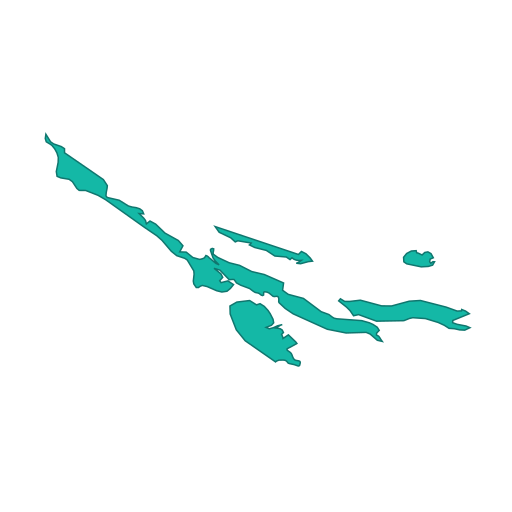 an SVG outline of Dubrovacko-Neretvanska, rotated 184°
{"feature_id": "HRV-1490", "entity_name": "Dubrovacko-Neretvanska", "entity_type": "County", "adm_level": 1, "iso_a3": "HRV", "parent_name": "Croatia", "parent_adm1": "", "projection": "robinson", "projection_center": [17.511, 42.787], "detail": "fine", "context": "isolated", "style": "filled", "palette": "teal", "viewbox_px": 512, "rotation_deg": 184, "n_neighbors": 0, "source": "natural_earth", "source_scale": "10m", "svg_char_len": 3845}
<svg xmlns="http://www.w3.org/2000/svg" viewBox="0 0 512 512"><g transform="rotate(184 256 256)"><path d="M460.0,321.6L461.1,326.3L459.9,335.6L460.1,340.6L461.8,345.0L464.3,348.9L467.3,352.1L469.1,353.2L473.2,355.3L474.4,358.5L474.1,362.8L468.9,355.6L465.7,353.7L457.9,351.6L454.5,349.7L454.2,345.6L413.6,321.6L409.2,315.8L409.3,313.2L409.8,309.2L409.9,305.6L408.5,304.0L396.4,302.1L386.8,297.0L383.0,296.2L379.0,295.9L375.3,295.0L372.5,293.2L371.0,290.2L375.6,290.2L370.6,285.9L368.7,283.7L367.6,280.4L364.2,283.5L358.3,280.8L348.4,272.5L334.5,266.0L329.6,261.1L332.4,254.8L325.9,255.0L318.9,250.1L312.2,248.7L310.7,249.0L308.9,249.7L307.3,250.6L306.0,253.0L304.5,252.5L303.1,251.5L302.6,250.9L301.0,249.9L295.5,245.8L292.2,244.6L296.5,248.4L298.7,251.1L301.8,258.3L301.8,259.5L300.2,260.5L298.7,260.2L298.7,258.4L299.0,256.3L298.7,254.8L294.0,251.9L282.3,247.4L271.7,245.5L259.2,240.2L246.4,238.1L226.6,231.0L227.1,223.7L221.2,220.0L205.7,217.0L187.1,205.0L179.2,202.7L175.5,200.3L173.7,199.4L170.9,199.0L146.0,198.9L138.3,197.3L134.5,195.9L130.1,193.4L127.9,190.4L130.3,187.5L130.3,185.5L128.1,184.6L126.8,183.1L125.6,181.4L124.1,179.6L129.1,180.4L136.7,186.1L140.8,187.5L160.8,185.5L179.8,187.9L214.9,200.9L223.2,205.7L229.8,211.1L230.2,212.2L230.2,213.8L230.4,215.5L231.2,217.0L232.3,217.3L235.0,216.8L236.2,217.0L240.3,219.9L242.3,220.7L244.9,220.9L245.8,220.3L245.7,217.6L246.6,217.0L248.0,217.3L250.2,218.8L251.4,219.2L254.3,219.6L256.4,220.7L260.1,223.1L269.2,225.8L273.6,227.8L276.2,231.0L277.7,231.0L281.1,230.5L291.0,239.4L297.0,240.8L289.8,235.8L287.7,232.4L290.5,228.8L289.0,227.0L282.3,229.2L276.4,225.9L279.3,221.8L282.5,218.8L287.6,217.7L292.8,218.6L302.6,222.1L307.5,222.9L309.4,222.0L311.3,220.5L313.4,220.4L316.1,223.8L316.8,226.6L316.5,233.5L317.0,236.8L324.3,247.2L326.9,248.7L335.1,250.8L340.8,254.8L350.9,265.1L356.4,269.3L369.1,276.7L410.0,301.7L417.8,305.5L430.5,309.5L436.9,309.1L439.4,310.9L444.2,317.2L444.4,317.4L447.8,319.5L456.2,320.3L460.0,321.6ZM229.1,151.7L260.9,170.7L263.4,173.4L270.5,181.0L277.7,196.3L278.5,204.3L271.9,208.7L259.4,211.1L259.2,211.1L252.1,207.3L248.6,208.7L244.2,206.3L240.2,202.5L237.8,199.4L234.6,194.1L233.7,190.6L235.7,188.0L241.0,185.5L237.7,184.3L233.9,185.6L229.6,187.9L225.0,189.4L226.7,188.7L231.2,185.5L228.9,185.4L226.7,185.1L224.7,184.0L223.3,181.6L225.0,179.6L223.6,176.9L223.3,175.6L218.2,179.6L210.4,173.1L209.1,171.6L215.7,167.3L217.2,166.5L218.6,165.4L218.5,164.5L217.7,163.8L215.2,162.3L214.1,161.3L213.4,160.2L212.2,157.6L211.4,156.3L210.3,155.2L209.0,154.7L206.3,154.4L205.1,154.1L204.6,153.5L204.4,152.6L204.8,150.1L205.4,149.4L206.2,149.2L210.3,150.3L215.1,151.0L216.2,151.3L216.8,151.7L217.7,152.8L218.6,153.5L219.9,154.0L221.7,154.1L225.9,153.7L227.6,152.9L228.7,152.2L229.1,151.7ZM154.5,203.2L158.4,208.1L162.1,211.3L170.4,217.0L168.8,219.2L164.4,216.9L159.4,217.2L148.8,219.2L127.2,215.0L117.3,215.6L100.0,221.6L88.9,223.1L62.8,218.3L51.5,215.1L47.2,215.6L47.1,217.0L43.1,215.7L39.2,213.3L55.2,205.4L55.2,203.2L50.7,201.9L41.5,200.8L37.6,199.4L42.6,196.6L47.7,196.5L53.0,197.3L58.4,197.3L63.3,200.0L69.6,202.4L82.6,205.4L95.3,205.4L98.6,204.4L104.0,201.8L131.2,199.4L149.6,204.7L154.5,203.2ZM277.7,268.6L282.5,272.4L294.4,277.1L298.8,282.5L213.8,260.5L211.0,263.7L206.3,261.7L201.8,257.8L199.3,254.8L203.5,254.0L211.0,251.4L215.3,251.6L214.2,252.1L212.9,252.8L210.5,254.8L213.1,254.5L215.6,254.7L217.9,255.4L220.0,256.7L221.8,254.8L225.7,257.1L237.2,257.3L246.1,262.3L257.9,264.4L263.3,266.6L262.6,267.2L262.4,267.4L261.7,268.6L275.2,269.9L277.7,268.6ZM90.4,256.7L105.1,258.7L108.1,260.5L108.7,265.0L105.9,269.0L101.4,271.8L96.6,272.5L96.0,270.5L94.1,270.1L90.4,268.6L87.9,271.3L84.8,272.1L81.6,270.6L79.0,266.6L82.0,265.1L82.4,262.5L81.2,261.0L79.1,262.7L77.5,262.7L79.2,259.2L83.4,257.6L90.4,256.7Z" fill="#14b8a6" stroke="#0f766e" stroke-width="1.5"/></g></svg>